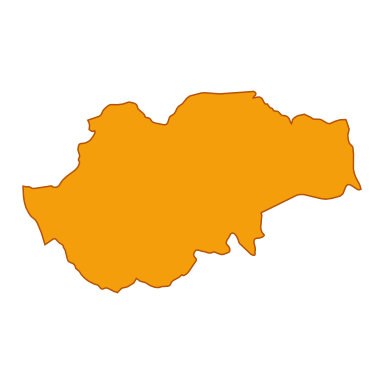 SVG path tracing the border of Jambi
{"feature_id": "IDN-1930", "entity_name": "Jambi", "entity_type": "Province", "adm_level": 1, "iso_a3": "IDN", "parent_name": "Indonesia", "parent_adm1": "", "projection": "albers", "projection_center": [102.763, -1.764], "detail": "fine", "context": "isolated", "style": "filled", "palette": "amber", "viewbox_px": 384, "rotation_deg": 0, "n_neighbors": 0, "source": "natural_earth", "source_scale": "10m", "svg_char_len": 4259}
<svg xmlns="http://www.w3.org/2000/svg" viewBox="0 0 384 384"><path d="M253.0,91.3L254.1,91.7L255.4,92.5L255.9,93.5L255.5,95.0L253.8,96.6L253.2,97.9L257.6,97.1L259.7,97.1L261.7,98.2L262.7,99.7L264.2,102.7L265.4,104.0L265.9,104.1L267.0,104.0L267.5,104.0L267.7,104.3L268.0,105.1L268.1,105.3L268.7,106.0L269.4,106.9L270.2,107.7L272.3,108.5L272.9,109.4L273.3,110.4L273.9,110.8L277.7,111.4L279.1,112.5L281.3,115.0L282.7,115.5L284.9,115.7L286.7,116.3L288.1,117.4L289.2,118.9L290.7,122.7L291.5,123.7L292.6,119.7L294.3,117.8L296.5,116.4L298.6,115.5L302.8,114.7L304.1,114.2L310.7,117.3L312.5,118.6L314.1,119.2L319.2,119.3L321.0,119.6L327.2,123.2L329.5,123.7L333.6,122.0L334.5,121.5L340.1,119.8L345.8,119.6L346.3,120.5L349.1,129.2L347.8,135.4L348.2,139.3L349.1,142.5L349.5,143.4L352.5,146.6L352.9,147.8L353.5,154.0L353.4,169.0L354.2,173.2L355.8,177.4L359.6,184.6L361.0,189.1L359.4,189.8L358.6,189.7L357.4,189.5L356.5,188.9L353.5,186.8L350.8,185.1L349.1,184.6L347.7,184.7L346.8,185.4L346.2,186.0L345.6,187.1L342.9,193.8L341.8,194.8L340.2,196.0L331.7,198.4L325.6,199.2L320.8,198.6L304.2,194.6L300.3,194.5L297.2,195.0L262.4,212.1L261.0,213.2L261.8,215.1L260.7,227.2L261.1,230.3L262.1,232.5L262.6,233.2L263.7,234.3L264.1,234.8L264.1,235.4L263.7,236.1L262.7,236.8L261.3,237.5L259.6,238.0L256.0,238.4L255.0,238.9L254.4,239.6L254.0,240.9L253.9,241.8L254.0,242.7L255.1,247.3L255.3,250.1L255.2,250.7L255.0,251.4L254.9,252.0L254.9,252.6L255.1,253.2L255.1,253.8L255.0,254.6L254.7,255.1L253.9,255.3L252.9,255.2L250.9,254.2L239.5,243.4L238.8,241.9L238.1,239.6L236.4,236.0L235.1,234.4L234.0,233.5L232.5,233.0L230.8,233.7L228.7,237.7L227.1,239.9L226.3,242.1L226.3,243.6L227.1,244.7L228.0,245.6L228.9,246.8L229.6,248.3L229.8,249.8L229.7,251.0L229.2,251.9L227.9,252.7L223.6,254.3L221.7,254.6L219.2,253.9L213.9,251.8L211.0,253.0L208.2,252.9L204.9,251.8L201.9,251.2L199.0,250.3L197.1,250.0L195.9,250.3L194.9,251.4L194.1,252.9L193.7,254.6L193.8,255.9L194.5,257.0L195.3,257.7L196.0,258.6L196.4,259.6L196.0,260.9L188.9,271.4L187.6,273.0L186.0,274.3L184.3,275.3L183.2,275.6L182.6,275.3L182.3,274.8L181.7,274.8L179.8,276.7L178.1,277.8L173.4,280.4L171.8,281.7L171.0,283.1L170.5,284.4L169.6,285.5L167.9,286.2L161.7,286.6L160.4,287.1L158.8,287.5L157.1,287.5L155.0,287.3L152.3,286.4L150.0,285.5L145.4,282.6L140.2,281.2L136.4,278.5L133.7,283.0L128.4,286.3L126.6,287.1L122.3,288.0L121.3,288.6L117.3,292.7L116.4,292.1L114.0,291.5L112.7,290.8L110.2,289.4L107.0,288.0L105.7,288.0L104.9,288.2L102.9,289.0L101.9,289.0L100.9,288.5L98.8,286.0L97.7,285.0L95.1,284.3L93.7,283.8L88.3,281.0L84.7,278.2L81.5,274.8L79.3,271.4L75.8,268.4L75.0,265.8L74.3,264.8L72.9,263.5L69.7,262.2L68.5,261.3L67.6,259.9L65.1,250.0L63.4,247.2L63.2,246.0L63.0,245.5L62.4,244.8L61.4,244.0L59.6,243.1L57.3,240.9L56.5,239.9L55.7,239.2L54.9,238.7L53.2,239.0L45.0,244.7L41.5,233.1L37.5,223.4L36.2,221.1L35.1,219.7L32.0,217.2L30.5,215.6L28.7,212.9L25.9,207.5L24.4,202.0L23.5,196.3L23.0,186.2L26.7,186.9L28.4,186.6L30.1,187.2L31.9,188.3L34.1,188.5L51.6,185.9L52.9,187.1L56.1,187.3L57.4,186.8L58.8,185.9L61.2,182.1L63.1,179.7L66.9,176.2L75.0,170.2L77.3,167.7L78.5,165.9L79.5,162.9L79.5,162.0L79.2,161.4L78.6,160.6L78.4,159.6L79.5,156.7L79.7,155.6L77.9,149.8L78.3,146.9L78.8,145.0L79.7,144.0L80.5,143.6L81.2,143.5L82.2,143.5L85.6,142.9L88.3,141.6L90.3,140.1L92.6,137.1L94.0,134.8L94.9,132.9L95.0,131.7L94.9,131.0L94.3,130.8L93.8,131.1L93.3,131.3L92.3,131.4L90.4,130.5L89.1,129.5L89.4,127.3L89.5,125.1L89.1,122.9L87.8,120.2L98.9,116.4L99.7,115.9L100.6,115.2L101.2,114.5L102.2,112.4L102.8,111.1L103.3,110.3L104.2,109.2L106.2,107.3L108.2,105.7L109.0,105.2L109.9,104.9L110.8,104.7L111.8,104.6L117.6,104.7L122.5,104.1L124.1,103.7L127.0,102.6L128.2,102.3L129.3,102.1L130.4,102.3L134.5,103.3L135.5,103.9L136.4,104.6L137.1,105.8L137.8,108.3L138.3,109.1L143.4,113.6L144.4,114.9L144.9,115.8L145.0,116.7L145.3,117.1L145.8,117.4L148.4,117.9L149.5,118.4L150.3,119.1L150.9,119.9L152.0,121.5L153.2,122.3L155.3,123.1L164.2,124.8L166.3,124.4L167.7,122.8L169.4,117.6L170.0,116.5L173.0,114.6L173.9,113.9L174.5,113.2L175.4,112.0L176.7,109.0L177.3,108.1L178.1,107.0L178.9,106.2L181.8,104.2L182.7,103.4L186.4,98.8L187.9,97.4L189.0,96.6L190.2,95.9L201.4,93.0L205.4,92.8L219.5,93.9L251.8,91.6L253.0,91.3Z" fill="#f59e0b" stroke="#b45309" stroke-width="1.5"/></svg>